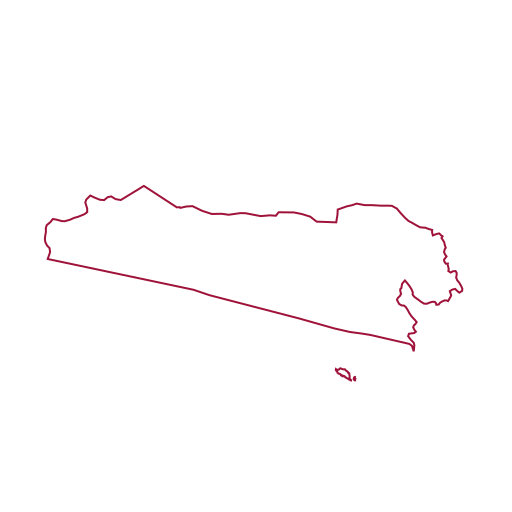 outline of Marang, Terengganu, Malaysia, rotated 128°
{"feature_id": "92858781B50781472629025", "entity_name": "Marang", "entity_type": "district", "adm_level": 2, "iso_a3": "MYS", "parent_name": "Malaysia", "parent_adm1": "Terengganu", "projection": "natural_earth1", "projection_center": [103.214, 5.06], "detail": "fine", "context": "isolated", "style": "outline", "palette": "rose", "viewbox_px": 512, "rotation_deg": 128, "n_neighbors": 0, "source": "geoboundaries", "source_scale": "gbopen_adm2", "svg_char_len": 4074}
<svg xmlns="http://www.w3.org/2000/svg" viewBox="0 0 512 512"><g transform="rotate(128 256 256)"><path d="M264.5,346.2L266.4,348.3L269.8,387.5L295.1,397.0L297.6,401.6L298.2,406.8L301.0,409.1L305.5,410.1L307.8,413.7L309.2,418.6L310.4,423.8L316.0,424.5L318.9,423.5L322.5,418.3L325.4,416.0L328.8,417.0L334.4,420.2L338.1,422.9L341.8,424.8L346.3,428.1L348.0,430.4L350.3,435.9L352.0,438.9L356.0,438.9L360.5,439.9L363.3,438.9L366.5,436.3L369.0,435.0L372.4,433.0L374.7,430.7L376.4,427.1L376.9,423.5L379.8,420.6L386.6,418.3L321.1,284.5L315.5,268.5L278.6,183.4L264.9,149.8L258.0,135.1L254.7,129.5L252.0,124.9L247.8,117.3L230.9,81.1L230.8,77.8L234.0,73.0L228.8,76.3L227.3,78.2L226.8,81.8L226.2,84.3L225.5,86.8L223.1,87.6L219.3,83.9L217.2,83.4L216.8,85.3L215.5,88.2L213.4,88.9L211.9,88.5L209.2,88.7L208.6,91.2L208.1,94.5L207.6,97.0L206.5,100.2L205.2,103.1L204.1,106.2L203.9,108.8L205.2,110.6L205.7,113.6L204.5,116.3L203.7,118.0L201.8,118.4L199.0,118.0L196.5,118.4L195.0,120.5L193.4,121.9L191.8,121.7L189.8,122.8L187.8,123.8L183.6,123.6L184.2,120.5L185.1,116.9L186.5,112.9L188.2,110.0L190.0,108.8L190.7,106.2L190.5,101.2L190.5,98.1L190.1,94.3L188.5,92.0L185.8,90.5L183.4,88.7L182.0,86.8L182.4,85.1L183.4,83.9L181.8,82.2L179.6,82.2L177.8,81.6L174.9,80.1L173.7,78.4L173.3,76.9L168.2,77.6L166.8,78.0L164.4,81.6L161.7,80.7L159.3,78.8L159.7,75.5L159.7,73.2L156.6,72.1L154.8,73.2L153.3,75.9L151.9,79.5L151.2,82.6L149.7,85.1L147.4,86.2L145.7,87.6L145.0,89.5L146.8,91.4L149.2,92.4L149.4,95.2L147.5,96.2L145.7,98.5L144.5,100.0L143.9,100.2L145.2,101.8L144.3,104.4L143.0,105.6L139.0,105.6L138.5,107.7L137.2,110.2L134.3,111.5L132.7,111.5L131.4,113.6L129.2,116.3L127.6,120.9L125.6,121.1L125.8,122.6L125.4,125.5L127.4,127.2L130.9,129.3L129.0,131.8L127.0,133.2L128.5,136.8L129.4,139.9L130.7,141.8L132.3,144.3L133.0,147.9L133.8,153.7L134.5,157.3L134.1,162.4L133.2,168.1L131.9,174.2L132.8,179.8L135.0,182.9L139.4,188.5L144.3,195.6L149.1,201.8L152.7,208.9L156.7,211.5L161.1,215.1L169.1,220.2L173.5,217.1L180.1,213.5L191.6,229.4L191.6,237.5L194.7,245.7L198.3,252.9L207.6,265.1L212.0,265.1L215.5,270.2L221.7,276.9L228.8,290.7L231.9,294.8L240.3,302.9L243.9,309.1L250.1,316.7L253.6,326.4L255.8,336.7L259.8,341.3L264.7,345.3L264.5,346.2ZM296.9,114.1L296.9,113.9L296.8,113.6L296.5,113.1L296.4,112.7L296.3,112.4L296.2,111.9L296.5,111.4L296.6,111.1L296.6,110.7L296.3,110.3L296.3,110.0L296.4,109.6L296.3,109.1L296.2,108.6L296.1,108.4L296.0,108.1L296.1,107.9L296.1,107.5L296.0,107.3L296.0,107.0L296.1,106.7L296.0,106.3L295.8,106.2L295.7,105.8L295.7,104.9L295.6,104.5L295.3,104.6L295.1,106.0L295.0,106.4L294.8,106.8L294.6,107.1L294.3,107.4L294.0,107.6L293.7,107.8L293.3,108.0L292.9,108.3L292.5,108.9L292.3,109.1L291.9,109.5L291.5,110.0L291.0,110.3L291.0,110.5L291.3,110.7L291.4,111.1L291.3,111.4L291.2,111.7L290.9,112.1L290.7,112.4L290.7,112.7L290.9,113.1L290.8,113.5L290.8,113.8L290.9,114.1L290.9,114.3L290.9,115.0L290.7,115.3L290.6,115.6L290.5,116.0L290.6,116.3L290.9,116.6L291.1,116.7L291.4,117.1L291.7,117.8L292.0,118.3L292.1,118.9L292.3,119.2L292.3,119.4L292.3,119.9L292.4,120.2L293.2,120.7L294.1,120.7L294.5,120.8L294.9,121.0L295.1,121.2L295.3,121.5L295.4,121.8L295.6,122.0L295.8,122.3L295.9,122.5L295.9,123.1L295.9,123.4L296.5,123.1L296.9,122.7L296.9,122.4L297.0,121.9L297.0,121.4L297.0,121.0L297.4,120.5L297.6,120.3L297.8,119.9L297.7,119.6L297.8,119.1L297.9,118.6L297.7,118.4L297.5,118.0L297.3,117.6L297.4,117.1L297.2,116.8L297.2,116.0L297.4,115.7L297.7,115.5L297.7,115.1L297.5,114.1L297.3,114.3L297.0,114.4L296.9,114.1ZM293.3,102.0L293.3,101.9L293.2,101.7L293.0,101.4L292.9,101.5L292.8,101.8L292.7,101.9L292.6,102.0L292.0,102.0L291.9,102.1L291.7,102.1L291.7,102.3L291.6,102.5L291.5,102.8L291.5,103.0L291.4,103.2L291.2,103.5L291.1,103.4L290.9,103.3L290.7,103.3L290.5,103.5L290.4,103.6L290.6,103.8L290.8,103.8L291.0,103.7L291.5,103.7L291.6,103.8L291.9,103.7L292.0,103.7L292.0,103.4L291.9,103.3L291.9,103.2L292.0,103.0L292.1,102.9L292.4,103.0L292.5,103.0L292.8,103.0L293.0,102.9L293.0,102.7L292.9,102.5L292.9,102.4L292.9,102.2L293.0,102.2L293.3,102.0Z" fill="none" stroke="#9f1239" stroke-width="2"/></g></svg>